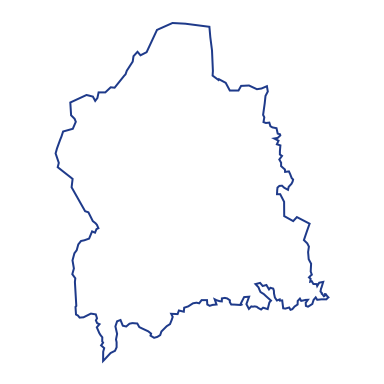 Agloi Vavatsinias, Larnaca, Cyprus (Equal Earth projection)
{"feature_id": "46923920B2556379432135", "entity_name": "Agloi Vavatsinias", "entity_type": "district", "adm_level": 2, "iso_a3": "CYP", "parent_name": "Cyprus", "parent_adm1": "Larnaca", "projection": "equal_earth", "projection_center": [33.198, 34.889], "detail": "fine", "context": "isolated", "style": "outline", "palette": "blue", "viewbox_px": 384, "rotation_deg": 0, "n_neighbors": 0, "source": "geoboundaries", "source_scale": "gbopen_adm2", "svg_char_len": 3515}
<svg xmlns="http://www.w3.org/2000/svg" viewBox="0 0 384 384"><path d="M145.0,53.0L140.5,55.3L137.5,51.8L133.5,56.2L132.7,61.6L126.8,70.7L125.5,74.4L124.3,75.6L114.6,87.7L110.7,87.3L108.8,89.1L105.3,92.4L98.6,92.4L97.4,98.0L95.2,100.9L92.9,96.6L86.5,95.0L70.3,102.5L71.1,115.3L74.6,118.8L75.8,121.8L72.8,128.8L63.1,131.5L61.4,136.7L60.2,139.6L57.0,148.4L55.6,153.4L58.8,162.9L57.7,167.2L72.6,178.9L71.6,187.3L85.1,211.2L88.4,212.3L92.8,221.1L95.5,223.2L96.9,224.8L98.4,228.2L96.5,229.1L95.0,232.7L92.1,231.4L89.1,238.6L84.3,240.3L81.0,241.0L78.3,244.4L76.7,250.2L74.4,253.3L72.5,260.4L73.9,268.5L72.3,274.2L75.3,278.3L74.9,281.9L76.3,305.9L75.5,306.9L76.0,314.5L78.0,315.6L79.6,317.6L83.5,317.3L90.9,313.6L95.8,314.4L97.0,318.3L95.9,320.4L97.1,323.1L99.5,324.2L96.8,327.3L99.3,333.1L100.6,335.2L102.3,337.3L102.2,341.3L103.1,342.7L101.1,345.4L104.2,348.1L103.2,351.7L103.1,361.0L103.7,360.4L110.6,353.0L115.0,350.8L116.6,347.3L116.6,342.2L116.0,339.5L117.1,333.9L115.4,326.4L117.1,321.3L120.5,320.0L122.8,325.7L126.2,326.5L129.5,323.7L132.4,323.1L137.3,323.5L139.3,327.1L142.4,328.6L148.2,331.3L151.1,333.6L150.5,335.6L154.1,337.8L157.3,336.9L160.2,335.1L161.4,331.5L166.7,326.2L170.0,324.1L171.7,319.9L172.7,316.9L171.2,313.8L177.6,314.1L178.9,310.5L183.8,311.7L184.2,307.7L188.2,306.4L193.0,303.3L196.5,302.7L199.2,303.3L201.6,300.1L207.0,300.1L207.3,304.5L209.7,305.8L212.6,304.9L216.5,304.5L214.7,299.3L216.5,300.2L219.7,301.2L221.8,301.4L221.9,298.4L224.8,297.9L227.1,298.4L229.9,300.3L229.8,302.1L231.2,304.5L234.5,304.6L240.7,305.0L241.6,304.6L240.8,303.6L244.1,297.1L249.1,296.7L246.4,304.1L248.9,308.9L251.3,306.4L252.8,306.7L254.7,306.4L256.8,306.8L258.3,308.0L261.1,309.5L263.1,307.7L267.7,309.1L269.4,302.4L271.0,300.6L266.5,296.6L263.7,294.0L262.2,293.1L260.5,292.0L259.6,290.1L258.5,287.3L255.5,284.1L260.1,282.9L262.7,286.0L266.4,285.0L269.0,289.4L270.4,287.8L273.2,288.6L273.9,290.8L274.0,293.5L274.9,297.5L276.9,300.5L279.7,299.4L279.9,300.6L282.2,300.4L283.2,308.3L285.3,308.6L289.2,307.5L290.5,309.8L292.3,309.2L294.6,306.5L297.6,304.5L297.7,301.0L299.9,298.6L301.2,300.9L305.7,299.9L307.9,299.8L305.7,302.8L305.9,305.9L308.0,306.7L312.3,304.0L313.6,299.9L315.7,297.4L317.2,299.8L321.7,299.3L326.4,299.3L327.6,298.0L328.4,297.4L326.9,295.8L325.7,294.1L325.0,294.1L325.2,295.1L324.5,296.0L323.9,296.3L322.6,294.5L321.7,293.7L321.9,293.1L320.5,291.5L321.0,288.7L321.6,287.2L323.2,281.9L319.2,282.7L317.2,286.0L316.7,284.1L313.4,284.0L311.7,281.2L310.2,281.7L310.6,278.8L309.0,277.4L310.9,275.4L311.8,274.7L310.7,271.5L311.1,263.7L310.0,261.7L308.7,259.2L308.1,252.1L308.8,247.3L308.9,246.6L307.3,243.4L303.9,240.1L307.0,231.0L309.6,223.7L296.9,217.1L293.2,221.1L284.2,216.1L284.1,201.8L280.2,194.2L277.0,194.2L277.2,190.2L277.5,187.6L279.4,185.9L282.0,185.7L284.3,187.8L288.0,189.8L288.7,186.8L291.5,183.8L292.6,181.6L293.1,179.5L291.7,178.1L290.2,174.2L288.9,171.4L285.1,171.9L284.9,169.5L282.3,167.2L281.1,166.1L281.1,162.7L279.3,159.5L282.0,155.9L279.9,154.5L279.9,151.3L280.2,147.6L280.4,145.4L276.9,144.3L278.5,140.7L274.2,138.5L277.7,137.9L280.3,135.4L280.0,134.3L277.7,133.6L276.5,128.2L272.4,127.4L270.4,126.2L269.3,122.6L265.9,123.0L263.5,122.1L264.3,117.3L263.1,114.9L264.7,103.4L265.5,95.9L267.8,91.5L266.9,86.2L261.5,88.5L256.9,89.2L249.0,85.5L241.1,85.9L238.5,90.5L229.8,90.5L225.7,82.8L218.9,79.2L218.5,80.0L212.6,75.6L212.9,71.0L212.0,50.4L210.3,37.1L209.4,26.8L185.3,23.7L172.5,23.0L157.0,29.9L146.6,52.2L145.0,53.0L145.0,53.0Z" fill="none" stroke="#1e3a8a" stroke-width="2"/></svg>